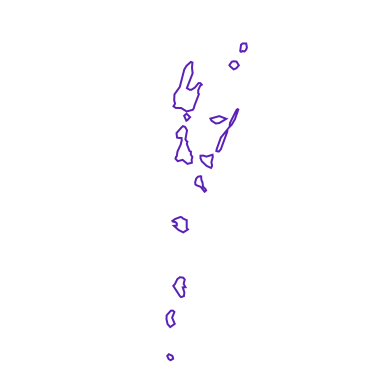 an SVG outline of Vanuatu, rotated 31°
{"feature_id": "VUT", "entity_name": "Vanuatu", "entity_type": "country or territory", "adm_level": 0, "iso_a3": "VUT", "parent_name": "Oceania", "parent_adm1": "", "projection": "robinson", "projection_center": [167.975, -16.976], "detail": "fine", "context": "isolated", "style": "outline", "palette": "violet", "viewbox_px": 384, "rotation_deg": 31, "n_neighbors": 0, "source": "natural_earth", "source_scale": "50m", "svg_char_len": 2375}
<svg xmlns="http://www.w3.org/2000/svg" viewBox="0 0 384 384"><g transform="rotate(31 192 192)"><path d="M131.4,89.9L134.1,105.6L137.2,105.6L138.8,104.7L140.7,101.0L141.5,95.3L143.1,94.4L145.1,95.0L144.3,96.9L144.9,101.5L146.4,104.1L147.5,104.5L149.6,116.6L150.4,119.2L150.3,121.2L145.9,125.7L139.4,125.6L134.8,128.3L132.0,128.1L132.0,125.0L129.5,122.6L126.7,117.4L127.4,108.2L122.3,91.0L122.3,86.7L124.0,81.1L125.7,80.8L128.0,85.5L131.4,89.9ZM159.2,150.2L161.1,151.2L162.1,151.2L162.8,153.5L168.7,158.1L170.3,158.0L171.7,160.5L174.3,161.8L175.0,164.4L176.8,167.0L173.6,170.2L167.4,169.3L163.9,172.9L160.7,172.0L160.2,170.1L160.6,169.5L158.7,164.7L157.9,157.3L156.6,153.0L155.2,151.1L152.3,152.7L151.1,153.0L148.4,149.5L149.7,142.2L150.3,140.2L152.6,139.8L156.0,141.7L159.2,150.2ZM238.7,285.4L236.8,287.7L235.1,287.4L224.3,282.1L224.8,279.9L224.3,274.3L225.5,271.3L228.5,270.0L230.8,270.7L232.2,275.1L235.4,277.0L233.2,278.5L237.1,281.9L238.7,285.4ZM202.0,218.9L206.1,225.7L207.8,226.2L205.3,231.1L200.1,231.5L194.0,230.3L196.2,228.6L195.1,226.7L193.2,226.3L191.1,227.2L190.1,226.9L191.5,223.8L194.9,219.4L195.9,219.1L196.8,219.0L197.7,219.4L202.0,218.9ZM195.9,161.6L191.1,162.1L184.5,160.6L181.8,158.6L180.6,156.5L182.9,155.0L186.2,154.2L190.4,149.5L191.8,151.3L193.3,156.6L195.0,158.2L195.9,159.8L195.9,161.6ZM245.1,313.9L242.9,319.0L239.1,317.8L235.6,314.1L233.8,310.8L235.0,304.6L236.8,303.5L238.7,303.9L239.7,310.0L245.1,313.9ZM192.4,144.2L191.7,144.3L191.0,142.1L188.7,130.5L190.2,120.1L191.2,122.3L194.7,140.5L194.2,143.5L192.4,144.2ZM202.1,182.6L203.3,183.4L202.6,185.3L196.9,183.1L192.4,183.9L191.1,183.8L189.7,182.0L188.7,178.4L189.2,175.9L191.1,174.1L191.8,173.9L193.2,176.0L194.6,177.5L195.8,178.1L198.7,181.7L202.1,182.6ZM179.9,118.8L177.1,121.0L171.9,120.8L170.0,119.6L176.3,112.9L183.7,111.6L179.9,118.8ZM166.3,63.0L164.6,65.4L159.9,64.6L158.7,64.0L159.0,60.0L160.2,58.6L163.0,57.3L166.9,59.3L166.3,63.0ZM162.3,46.2L161.7,46.6L160.7,46.3L158.2,40.5L158.9,38.6L162.0,36.8L164.7,40.0L165.0,41.7L165.0,43.2L164.5,44.6L162.7,45.1L162.3,46.2ZM191.4,113.7L190.7,116.7L189.0,113.3L187.9,98.9L188.3,97.6L189.2,97.5L191.3,107.5L191.4,113.7ZM261.7,344.6L260.3,347.2L258.0,347.2L255.2,345.3L255.7,343.0L259.0,342.6L259.9,342.8L261.7,344.6ZM151.1,132.5L150.4,133.8L146.0,130.7L147.0,127.7L151.8,128.8L151.1,132.5Z" fill="none" stroke="#5b21b6" stroke-width="2"/></g></svg>